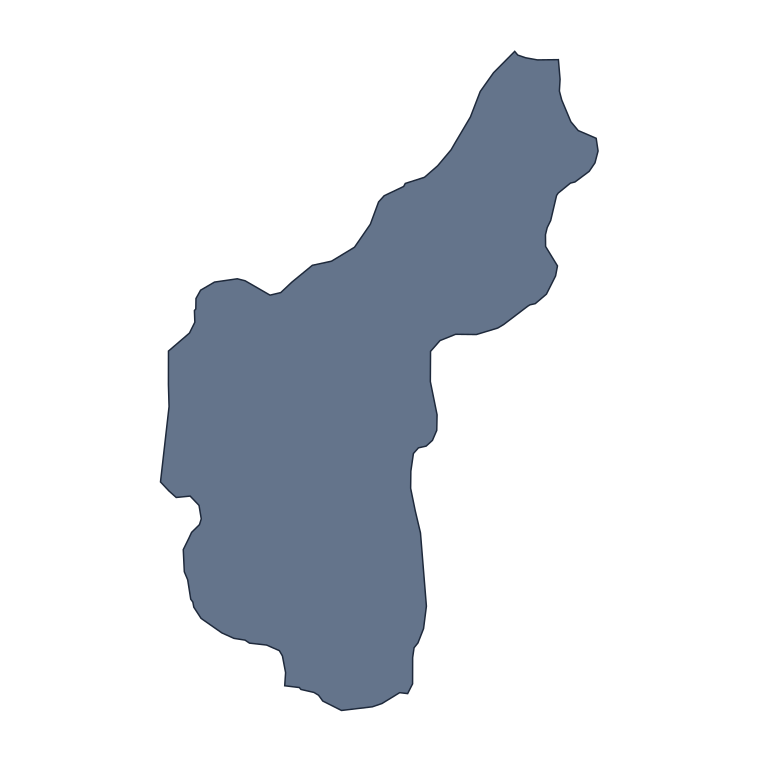 Mixco, Guatemala (Equal Earth projection), rotated 356°
{"feature_id": "79465075B33293515878982", "entity_name": "Mixco", "entity_type": "district", "adm_level": 2, "iso_a3": "GTM", "parent_name": "Guatemala", "parent_adm1": "", "projection": "equal_earth", "projection_center": [-90.581, 14.643], "detail": "fine", "context": "isolated", "style": "filled", "palette": "slate", "viewbox_px": 768, "rotation_deg": 356, "n_neighbors": 0, "source": "geoboundaries", "source_scale": "gbopen_adm2", "svg_char_len": 1566}
<svg xmlns="http://www.w3.org/2000/svg" viewBox="0 0 768 768"><g transform="rotate(356 384 384)"><path d="M580.6,72.6L559.7,71.4L547.9,68.4L540.4,65.2L537.6,61.3L515.0,81.1L500.4,98.9L488.8,123.7L471.6,148.6L467.3,155.0L452.7,170.1L438.8,180.6L419.2,185.4L417.4,188.3L397.3,196.2L391.3,202.0L381.5,223.7L364.1,245.5L340.2,257.8L320.8,260.6L299.0,276.1L287.4,285.6L276.5,287.4L252.6,271.3L245.0,268.8L222.0,270.5L207.6,277.6L202.4,285.6L201.5,296.0L200.0,297.5L199.6,309.2L193.5,319.6L171.3,336.1L168.9,369.5L168.0,391.6L154.2,466.1L162.0,475.7L168.8,482.7L182.8,482.3L191.0,492.2L192.3,505.8L190.1,511.4L181.7,518.6L178.6,524.2L172.2,535.2L171.7,557.4L174.5,565.6L176.2,585.2L178.1,588.2L178.7,593.4L185.2,605.1L204.9,621.0L216.6,627.3L227.5,629.8L231.7,633.1L248.6,636.2L261.0,642.7L263.7,648.2L265.7,665.1L263.9,678.1L278.4,680.9L279.8,682.9L292.6,686.8L297.0,689.9L300.8,696.0L318.8,706.7L349.9,705.2L359.7,702.6L378.1,693.0L386.0,694.5L391.6,685.1L393.5,658.9L395.6,649.2L399.8,644.7L406.4,630.8L410.8,608.6L410.0,535.1L406.3,512.5L403.3,489.9L404.7,472.9L408.5,455.4L413.9,450.1L421.7,448.9L428.4,443.6L433.4,433.9L434.8,418.4L430.4,384.8L432.7,354.7L442.9,344.6L458.9,339.4L479.6,341.1L501.4,336.1L507.7,332.9L532.7,316.5L535.1,315.2L540.5,314.4L552.3,305.7L562.7,288.2L565.3,278.3L554.8,258.1L555.5,246.3L557.7,239.4L561.7,232.5L569.3,208.0L571.1,205.7L584.0,196.6L588.6,195.8L603.5,186.2L609.9,178.1L613.8,166.5L612.8,153.7L595.4,144.7L588.7,135.4L581.1,113.0L579.4,104.0L580.9,92.3L580.6,72.6Z" fill="#64748b" stroke="#1e293b" stroke-width="1.5"/></g></svg>